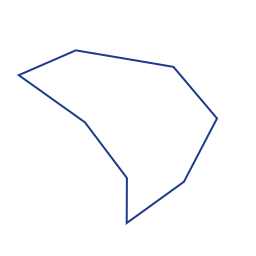 the border of Mauren, rotated 162°
{"feature_id": "LIE-4900", "entity_name": "Mauren", "entity_type": "state/province", "adm_level": 1, "iso_a3": "LIE", "parent_name": "Liechtenstein", "parent_adm1": "", "projection": "mercator", "projection_center": [9.538, 47.223], "detail": "fine", "context": "isolated", "style": "outline", "palette": "blue", "viewbox_px": 256, "rotation_deg": 162, "n_neighbors": 0, "source": "natural_earth", "source_scale": "10m", "svg_char_len": 267}
<svg xmlns="http://www.w3.org/2000/svg" viewBox="0 0 256 256"><g transform="rotate(162 128 128)"><path d="M158.6,38.0L144.5,80.8L167.2,146.7L215.6,212.0L153.7,218.0L65.9,172.1L40.4,109.6L91.4,59.6L158.6,38.0Z" fill="none" stroke="#1e3a8a" stroke-width="2"/></g></svg>